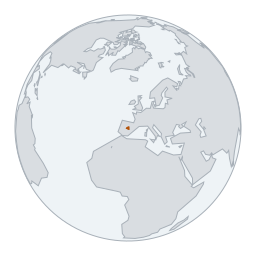 Madrid on an orthographic globe, rotated 21°
{"feature_id": "ESP-5833", "entity_name": "Madrid", "entity_type": "Autonomous Community", "adm_level": 1, "iso_a3": "ESP", "parent_name": "Spain", "parent_adm1": "", "projection": "orthographic", "projection_center": [-3.775, 40.528], "detail": "fine", "context": "on_globe", "style": "filled", "palette": "amber", "viewbox_px": 256, "rotation_deg": 21, "n_neighbors": 0, "source": "natural_earth", "source_scale": "10m", "svg_char_len": 9832}
<svg xmlns="http://www.w3.org/2000/svg" viewBox="0 0 256 256"><g transform="rotate(21 128 128)"><circle cx="128" cy="128" r="113" fill="#eef3f6" stroke="#a8b0b8"/><path d="M33.9,189.9L30.9,184.5L28.5,180.1L24.2,171.3L18.7,152.9L18.8,149.7L18.2,145.8L20.3,143.2L20.6,135.1L20.1,132.5L19.1,133.4L18.2,123.4L19.0,116.1L22.6,89.4L24.3,84.8L26.5,80.5L38.6,60.6L28.3,76.1L30.9,71.2L35.1,64.7L35.3,64.7L41.4,56.8L45.3,52.2L54.1,44.2L63.6,39.1L60.8,41.3L63.4,40.1L67.0,37.4L68.8,36.0L82.6,30.3L95.3,24.6L97.3,22.7L98.4,23.5L101.0,20.0L106.7,18.1L101.5,20.5L101.8,20.9L106.2,19.5L107.6,19.7L110.5,19.3L111.7,19.8L108.5,21.4L109.3,21.8L112.3,20.9L115.5,21.0L110.8,22.3L115.8,22.6L111.5,26.1L98.2,30.2L96.9,33.5L86.2,41.6L88.3,41.6L85.5,45.1L87.0,46.5L84.6,47.9L87.8,47.8L89.7,46.3L91.7,45.9L92.7,46.6L89.9,48.4L88.9,48.3L88.6,49.2L86.7,49.9L88.2,50.0L84.6,52.2L89.7,51.2L88.0,54.0L85.2,55.2L83.6,53.5L73.2,52.9L69.9,54.1L66.8,57.2L64.9,66.1L62.0,68.2L59.5,72.3L61.9,71.7L64.8,68.4L68.7,68.5L71.7,64.7L73.7,64.4L77.6,61.4L79.0,63.6L78.3,67.6L75.1,70.3L74.7,72.2L79.3,71.3L75.0,78.2L74.9,86.3L73.6,88.1L68.1,88.2L64.0,83.7L56.9,84.9L63.5,86.1L60.1,90.9L60.3,92.7L61.7,93.7L63.8,92.7L63.0,94.9L56.2,94.3L56.8,92.2L58.9,92.4L57.0,90.5L52.4,90.5L51.0,93.2L45.5,91.2L44.4,93.2L42.6,94.1L44.7,90.9L40.9,96.7L34.2,96.8L28.9,106.9L31.9,96.4L31.7,92.8L30.9,89.6L29.9,91.2L30.2,85.5L28.2,84.6L24.2,90.5L21.5,97.8L21.5,103.2L23.0,101.5L23.9,104.5L20.0,110.5L21.1,118.2L19.1,123.9L19.0,129.1L20.3,131.4L21.5,136.2L23.4,134.8L26.0,136.4L24.9,141.7L27.3,138.9L28.1,143.4L34.0,150.1L33.3,150.8L38.1,162.5L45.1,171.0L46.7,176.0L45.7,177.7L48.6,180.2L48.6,181.8L61.6,191.3L69.5,198.3L70.1,203.1L65.2,205.8L64.9,214.1L57.2,211.9L58.0,214.4L56.8,215.2L51.8,210.9L52.1,211.3L45.5,204.7L39.4,197.5L33.9,189.9ZM27.1,109.7L28.5,121.3L26.2,117.9L26.9,117.8L26.9,114.2L26.3,109.1L24.7,106.5L27.1,109.7ZM31.1,107.7L30.8,106.1L31.4,107.3L31.1,107.7ZM69.4,35.4L67.0,37.4L63.2,39.8L65.0,38.1L69.4,35.4ZM76.7,31.4L76.0,32.2L73.1,33.1L74.4,32.4L76.7,31.4ZM98.5,21.4L96.3,22.3L98.0,21.4L98.5,21.4ZM110.7,19.2L110.9,18.9L112.3,18.8L110.7,19.2ZM76.6,60.4L77.1,60.9L76.1,61.1L76.6,60.4ZM77.8,58.7L76.3,58.6L76.7,57.8L77.6,57.9L77.8,58.7ZM115.4,19.5L117.6,19.6L114.8,19.8L115.4,19.5ZM79.6,58.9L77.5,56.4L78.1,55.1L82.2,54.1L79.6,58.9ZM118.6,19.8L124.0,20.2L124.9,19.5L125.3,21.9L120.6,20.6L117.0,20.9L118.9,20.3L118.6,19.8ZM89.9,45.5L87.9,47.2L88.6,45.2L89.9,45.5ZM89.8,44.4L89.2,39.4L92.6,37.5L92.1,39.5L95.9,36.8L97.9,38.3L96.3,40.2L93.7,41.0L96.4,41.0L89.8,44.4ZM124.7,23.2L125.6,23.7L124.1,23.6L124.7,23.2ZM92.6,45.5L92.2,44.6L95.1,42.9L96.6,44.5L95.1,44.5L92.6,45.5ZM95.9,35.4L98.3,34.5L100.6,35.5L101.9,35.3L98.2,38.2L95.9,35.4ZM95.0,45.3L97.2,45.4L96.7,46.9L93.2,46.4L95.0,45.3ZM95.3,41.9L96.8,41.2L96.4,42.1L95.3,41.9ZM96.3,52.7L95.7,51.4L97.2,50.4L96.3,52.7ZM98.1,45.3L98.2,44.8L98.8,44.3L100.1,44.7L98.1,45.3ZM100.1,38.8L100.6,39.4L101.7,37.6L103.5,38.4L100.7,40.3L102.7,39.8L103.2,40.1L100.4,41.3L100.1,38.8ZM103.0,43.7L100.1,46.5L100.9,49.0L99.6,49.9L98.5,45.8L103.0,43.7ZM101.7,42.2L102.2,43.3L100.3,43.8L98.8,43.3L101.7,42.2ZM105.7,38.4L103.7,36.7L104.4,36.3L105.7,38.4ZM103.6,44.3L104.3,43.6L103.9,44.4L103.6,44.3ZM105.5,40.0L104.7,39.4L105.5,39.1L105.5,40.0ZM106.3,42.8L105.4,43.7L104.3,43.4L106.3,42.8ZM106.3,41.4L107.5,41.1L104.5,42.7L105.8,41.2L106.3,41.4ZM106.4,39.8L106.6,39.4L106.6,40.1L106.4,39.8ZM110.9,43.6L107.4,45.7L105.0,45.0L108.8,43.0L110.9,43.6ZM196.5,38.6L197.4,39.3L195.4,37.9L200.0,41.7L197.3,39.9L202.2,44.0L203.3,44.6L200.2,41.7L205.5,46.4L205.7,46.5L211.3,52.2L216.4,58.2L221.2,64.7L225.4,71.4L229.1,78.4L232.4,85.7L235.1,93.2L233.8,89.8L235.2,94.6L233.9,91.4L231.4,88.8L232.8,95.7L235.8,111.8L238.1,120.6L238.3,127.1L233.6,119.9L230.0,112.8L229.3,116.1L223.7,113.7L216.9,122.6L215.0,121.2L214.0,124.1L209.9,124.8L206.7,122.3L204.6,124.5L212.9,131.0L215.0,128.6L215.5,122.6L217.5,125.6L221.3,125.6L220.3,138.6L208.7,157.7L206.1,151.6L189.8,138.3L189.4,135.8L189.3,135.6L189.0,135.2L189.0,139.6L185.7,136.6L196.0,147.4L198.4,152.8L208.6,158.3L208.0,159.9L210.8,160.3L218.1,151.3L218.5,153.6L215.9,167.1L204.5,188.4L205.2,195.5L203.0,202.4L194.1,210.8L193.0,214.7L188.1,218.3L186.6,220.6L181.7,224.3L174.1,228.6L163.2,232.2L163.9,230.7L160.6,228.6L156.7,220.2L161.0,214.2L160.6,210.0L152.5,201.1L154.4,194.5L151.9,192.2L146.9,193.6L143.8,190.7L140.6,191.0L119.8,194.3L112.6,189.7L101.9,175.0L105.1,169.3L104.1,162.2L124.6,137.3L130.6,138.5L148.6,132.7L151.1,133.2L150.8,139.4L165.8,143.1L168.5,137.2L180.2,136.9L186.9,133.7L186.0,121.9L175.1,127.0L171.4,122.5L178.7,114.0L188.0,109.7L186.8,107.9L179.5,106.4L180.0,101.5L176.7,105.6L179.2,106.8L177.2,109.6L174.8,108.6L175.1,106.8L171.9,107.3L171.3,116.1L173.7,118.3L166.2,122.7L169.6,126.9L168.1,130.0L161.8,124.0L161.3,121.2L150.9,115.6L150.8,118.9L160.6,124.5L158.2,124.6L158.2,129.6L156.3,125.8L145.7,119.2L137.8,122.6L130.6,135.5L125.5,137.0L120.0,135.0L119.9,122.8L131.4,121.1L131.5,117.2L126.9,112.0L130.8,112.1L130.3,109.9L134.4,109.0L138.0,103.0L141.8,101.7L141.0,94.9L142.9,93.5L142.8,97.8L144.8,100.3L154.1,97.4L155.2,95.6L154.0,91.5L156.7,91.4L154.3,87.8L158.6,84.5L151.4,85.7L149.7,81.4L151.1,77.2L149.3,76.1L147.0,83.0L147.3,85.7L149.6,87.5L149.1,95.4L146.4,97.4L142.0,90.3L137.6,92.6L136.1,86.4L143.2,70.9L147.2,67.0L158.4,68.8L158.8,71.9L154.9,72.6L160.4,75.6L159.0,73.6L161.3,73.6L160.3,69.8L161.8,69.7L158.2,66.5L160.0,65.9L162.2,68.0L162.3,62.3L165.4,60.5L164.6,59.3L163.0,58.5L168.0,56.9L167.3,56.1L165.3,56.3L162.5,55.0L159.5,52.1L161.5,51.7L162.8,52.6L168.5,54.2L171.7,57.2L172.2,56.7L169.8,54.1L162.9,52.1L160.6,50.5L163.8,51.0L162.5,50.7L161.9,49.8L163.2,48.6L159.6,47.9L150.8,39.5L152.3,36.6L156.2,37.8L152.1,32.4L154.2,30.1L152.4,30.2L149.2,28.1L148.5,28.7L147.4,28.7L138.9,24.2L138.4,23.0L132.7,21.8L131.8,22.0L131.9,22.7L125.3,21.9L124.9,19.5L127.0,19.3L125.3,18.2L130.4,17.9L133.8,17.4L140.4,18.1L142.6,17.9L141.6,17.5L143.8,17.1L151.6,18.0L149.4,18.8L138.6,19.0L143.4,18.9L143.5,19.4L146.0,19.8L149.3,19.9L148.9,19.5L160.4,23.4L170.8,26.2L167.0,24.1L167.4,23.5L175.9,26.3L193.0,36.1L193.4,36.3L196.5,38.6ZM119.6,150.6L119.5,152.8L119.6,150.6ZM199.3,110.7L203.8,107.4L199.2,102.4L200.5,100.8L198.5,99.7L198.8,102.0L193.3,98.9L194.4,95.4L192.5,92.9L190.8,94.0L189.8,101.0L197.7,105.4L197.8,108.9L199.3,110.7ZM34.3,150.2L34.8,152.0L33.8,151.0L34.3,150.2ZM25.1,119.5L25.7,121.1L25.8,122.7L25.1,121.9L25.1,119.5ZM32.6,132.0L33.7,134.1L32.2,132.8L32.6,132.0ZM28.9,123.0L31.6,130.5L28.7,128.7L27.1,124.0L28.7,125.9L28.9,123.0ZM29.2,110.0L29.5,111.4L28.9,112.0L29.2,110.0ZM31.6,108.6L31.3,108.3L31.6,107.0L31.6,108.6ZM60.5,91.0L61.0,91.1L62.0,92.5L60.8,92.6L60.5,91.0ZM70.8,95.0L69.4,98.5L69.6,95.9L67.6,96.6L65.7,92.2L72.8,88.8L69.9,91.0L70.8,95.0ZM65.0,85.7L65.4,88.7L64.7,85.6L65.0,85.7ZM123.7,99.5L125.8,100.7L125.3,103.3L120.5,105.7L121.2,101.8L123.7,99.5ZM129.0,101.8L125.9,94.5L128.8,93.0L127.7,95.0L129.9,94.8L128.7,98.0L134.5,104.0L134.4,106.8L125.5,109.1L128.4,106.7L126.2,105.6L129.0,101.8ZM113.0,80.9L111.7,78.3L119.6,78.2L119.9,80.7L115.1,82.9L111.9,81.5L113.0,80.9ZM87.0,57.9L86.0,57.4L86.8,56.8L88.3,56.8L87.0,57.9ZM95.9,52.2L92.3,59.7L90.9,59.4L90.4,64.5L86.7,65.8L87.2,62.4L83.9,67.4L82.8,64.9L81.0,68.4L82.4,60.8L81.3,58.9L84.0,60.4L87.4,59.2L88.6,58.1L91.1,53.8L90.4,49.5L93.7,47.9L96.2,47.8L96.9,48.6L94.5,49.4L97.1,49.9L94.2,51.6L95.9,52.2ZM123.8,51.9L120.8,51.9L125.5,54.3L122.6,55.6L123.3,55.8L122.0,57.8L121.6,60.5L120.0,60.8L120.5,61.8L119.6,63.2L119.8,64.7L117.0,65.8L117.1,67.7L115.7,67.2L116.5,70.3L114.7,68.5L113.4,70.3L115.8,71.1L100.5,74.7L95.4,78.0L92.2,81.9L89.6,78.6L90.9,73.1L94.5,67.2L99.7,64.7L97.5,63.8L99.4,62.4L100.3,63.7L100.0,60.9L101.8,60.1L105.0,55.7L103.5,52.4L104.6,50.8L106.1,51.7L106.1,49.5L109.7,50.2L110.6,49.1L115.0,48.8L117.3,51.3L118.1,50.0L121.5,49.8L123.8,51.9ZM112.1,43.6L115.6,46.1L115.7,48.1L108.0,47.8L106.7,48.7L101.8,48.9L101.7,46.0L103.1,46.2L104.5,45.8L104.0,46.8L105.4,45.6L107.4,45.9L109.1,45.1L109.7,46.1L112.1,43.6ZM152.9,130.4L154.7,130.2L157.2,129.3L157.2,132.5L152.9,130.4ZM145.6,126.0L147.0,125.3L148.3,129.1L146.5,129.4L145.6,126.0ZM146.8,121.7L147.0,124.9L145.8,123.4L146.8,121.7ZM144.1,97.0L145.5,96.1L146.0,97.0L145.7,98.6L144.1,97.0ZM137.2,60.2L135.4,59.7L135.6,59.1L133.0,56.5L134.9,55.5L137.2,56.6L137.2,60.2ZM184.8,124.7L183.5,127.7L182.2,127.2L182.9,126.3L184.8,124.7ZM170.2,130.8L174.0,130.8L170.2,131.7L170.2,130.8ZM138.8,58.7L137.5,57.7L139.3,57.8L138.8,58.7ZM136.2,54.6L138.1,54.5L134.8,55.1L136.2,54.6ZM216.2,191.7L207.2,206.0L203.7,208.7L204.4,206.4L208.7,198.7L213.3,193.7L215.9,189.0L216.2,191.7ZM238.4,121.0L239.6,124.2L239.4,126.6L238.4,121.0ZM153.5,50.2L155.0,54.8L157.3,57.8L160.6,58.8L156.6,59.5L153.0,54.9L153.5,50.2ZM150.9,40.8L148.0,40.2L148.8,39.3L149.6,39.4L150.9,40.8ZM149.5,41.2L146.8,42.5L144.9,41.5L147.4,40.6L149.5,41.2ZM143.0,50.2L143.3,51.6L141.8,51.4L143.0,50.2ZM175.0,25.6L172.4,24.5L170.3,23.6L175.0,25.6ZM170.2,23.6L171.5,24.2L166.2,23.3L164.3,22.9L166.7,22.5L168.1,23.1L169.9,23.6L170.2,23.6ZM126.4,23.3L125.6,23.6L125.6,23.1L126.4,23.3ZM147.1,29.1L145.6,28.9L145.5,28.2L147.1,29.1ZM141.3,28.1L142.5,29.0L140.5,28.3L141.3,28.1ZM145.1,31.1L142.5,29.5L146.1,30.8L145.1,31.1Z" fill="#d9dde1" stroke="#a8b0b8" stroke-width="1"/><path d="M129.1,128.7L129.0,128.8L128.9,128.9L128.7,128.9L128.4,128.9L128.4,129.0L128.2,129.0L127.9,129.2L128.0,129.1L128.2,128.9L128.0,128.7L127.9,128.7L127.7,128.6L127.4,128.5L127.2,128.6L127.1,128.4L127.1,128.5L126.9,128.6L126.9,128.4L127.0,128.4L127.0,128.2L127.2,127.9L127.3,127.8L127.4,127.7L127.5,127.6L127.7,127.4L127.8,127.2L128.0,127.1L128.1,126.9L128.3,126.8L128.5,126.9L128.5,127.0L128.5,127.3L128.4,127.4L128.4,127.5L128.5,127.5L128.6,127.8L128.7,128.0L128.8,128.0L129.0,128.3L128.9,128.3L128.9,128.5L129.0,128.5L129.1,128.7ZM127.3,127.7L127.2,127.7L127.3,127.7Z" fill="#f59e0b" stroke="#b45309" stroke-width="1.5"/></g></svg>